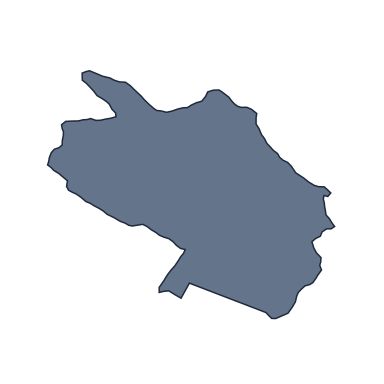 Itagi, Bahia, Brazil (Mercator projection), rotated 105°
{"feature_id": "56859067B20920204159127", "entity_name": "Itagi", "entity_type": "district", "adm_level": 2, "iso_a3": "BRA", "parent_name": "Brazil", "parent_adm1": "Bahia", "projection": "mercator", "projection_center": [-40.033, -14.169], "detail": "fine", "context": "isolated", "style": "filled", "palette": "slate", "viewbox_px": 384, "rotation_deg": 105, "n_neighbors": 0, "source": "geoboundaries", "source_scale": "gbopen_adm2", "svg_char_len": 2305}
<svg xmlns="http://www.w3.org/2000/svg" viewBox="0 0 384 384"><g transform="rotate(105 192 192)"><path d="M293.5,82.3L292.6,78.5L288.7,73.5L284.2,67.9L277.5,65.4L271.3,63.7L265.5,63.9L261.4,63.3L257.7,61.3L253.4,58.5L251.0,54.4L248.3,51.8L243.5,50.0L240.1,49.1L233.8,46.7L229.9,49.6L226.1,49.6L222.0,50.4L218.5,56.1L214.3,60.0L209.0,63.3L205.0,60.6L201.5,56.6L196.8,56.0L192.7,52.3L191.6,48.1L188.4,45.3L186.0,48.4L182.1,52.5L179.5,56.6L175.6,58.3L172.0,60.0L168.1,61.5L164.9,63.3L161.2,63.6L161.2,59.7L157.0,57.7L155.0,61.3L152.8,65.6L154.1,71.2L153.9,76.0L152.2,81.8L149.6,87.7L147.9,92.9L146.6,96.8L141.5,102.6L138.7,107.2L137.7,112.4L135.8,116.4L132.8,119.2L130.7,124.3L128.3,127.9L125.7,132.2L121.6,135.9L118.6,139.7L113.2,143.9L109.8,147.7L103.8,149.3L99.4,149.8L96.7,156.1L96.0,161.1L97.5,166.3L97.5,169.8L95.8,174.1L93.4,177.8L90.9,180.9L89.1,185.2L87.7,188.6L86.5,192.5L88.1,197.7L91.2,202.7L96.2,203.6L101.8,206.1L104.6,210.8L107.9,214.8L111.7,218.3L113.0,222.5L115.6,227.3L118.8,231.9L121.6,237.2L121.7,243.1L122.4,247.2L121.2,250.5L118.6,255.9L115.2,262.0L112.4,266.1L110.2,270.3L107.8,274.7L105.3,279.1L103.2,284.7L104.4,290.5L104.2,295.9L103.1,300.7L103.3,308.3L102.3,315.5L101.4,322.4L103.3,325.8L105.6,328.9L112.4,326.9L114.4,322.1L116.8,318.2L119.9,313.2L123.5,308.6L124.9,303.4L126.8,298.0L128.6,294.6L132.8,290.7L135.4,286.3L139.0,284.9L141.9,289.8L144.3,295.1L146.4,299.0L147.7,303.4L147.3,309.0L149.2,312.1L150.3,315.6L152.7,320.0L154.5,326.1L156.5,332.3L160.8,335.4L164.0,334.0L167.3,331.7L170.8,330.9L175.8,330.6L180.2,329.6L183.6,331.9L186.3,336.0L190.5,338.1L195.7,338.7L199.4,338.3L203.2,338.5L204.7,334.7L206.9,331.1L208.6,325.4L210.8,320.8L213.4,315.2L219.1,314.6L222.2,311.7L223.3,307.3L223.9,303.2L225.9,297.8L228.7,292.0L229.3,287.2L230.6,283.2L231.9,277.4L233.4,272.6L235.5,268.3L237.0,260.5L238.9,253.8L239.4,248.4L240.5,244.7L240.3,240.8L238.4,236.7L236.0,231.2L237.0,226.4L239.0,221.6L240.5,216.2L242.2,212.3L242.9,207.3L243.1,202.1L245.0,197.3L247.6,193.2L249.5,188.4L249.3,183.7L253.4,184.3L257.3,186.1L262.4,187.6L267.6,189.4L273.0,192.1L277.3,193.9L281.3,195.2L284.6,196.1L288.0,197.3L292.6,199.0L297.5,197.7L295.2,193.4L293.5,188.8L295.8,181.1L297.4,175.1L280.7,170.9L289.3,89.4L291.3,86.2L293.5,82.3Z" fill="#64748b" stroke="#1e293b" stroke-width="1.5"/></g></svg>